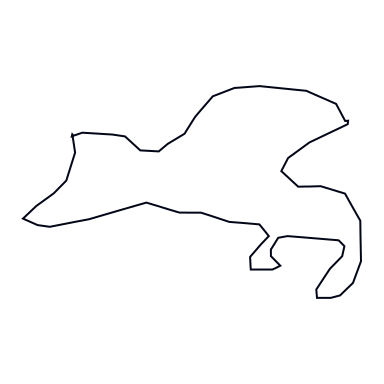 outline of Gbor, Nimba, Liberia
{"feature_id": "62588387B71745180805277", "entity_name": "Gbor", "entity_type": "district", "adm_level": 2, "iso_a3": "LBR", "parent_name": "Liberia", "parent_adm1": "Nimba", "projection": "natural_earth1", "projection_center": [-8.695, 7.096], "detail": "fine", "context": "isolated", "style": "outline", "palette": "ink", "viewbox_px": 384, "rotation_deg": 0, "n_neighbors": 0, "source": "geoboundaries", "source_scale": "gbopen_adm2", "svg_char_len": 1278}
<svg xmlns="http://www.w3.org/2000/svg" viewBox="0 0 384 384"><path d="M348.1,120.7L345.2,121.0L336.1,103.9L311.0,92.9L306.3,90.8L294.2,89.6L259.5,86.1L242.4,87.4L237.0,87.8L234.6,87.9L212.8,96.3L200.0,111.1L195.1,116.9L186.4,130.7L184.6,133.7L167.7,143.9L161.7,148.9L158.8,151.4L140.3,150.4L125.0,136.4L112.1,134.5L103.3,134.0L100.5,133.8L82.3,132.7L73.6,135.7L72.3,134.3L71.8,136.4L72.6,136.1L74.0,145.2L75.1,152.6L66.3,180.6L58.9,188.1L53.8,193.3L36.3,206.0L23.0,218.6L37.6,225.1L49.8,226.8L75.9,221.7L88.7,219.3L91.9,218.4L120.6,210.0L146.4,202.6L153.3,204.7L157.1,205.8L167.7,209.1L179.5,212.6L200.5,212.7L201.1,212.7L211.1,215.9L226.9,221.1L229.2,221.9L243.3,223.0L259.4,224.4L264.2,230.3L268.8,236.1L260.9,244.4L250.1,256.9L250.6,267.2L250.8,269.5L272.4,269.5L275.6,268.1L280.3,265.7L270.9,256.1L270.9,249.4L272.0,247.8L278.2,237.8L287.5,236.1L303.7,237.4L338.6,240.3L343.7,245.4L344.4,246.2L342.2,256.2L330.0,268.7L324.6,276.8L316.3,289.5L317.0,297.9L330.7,297.9L340.1,295.4L347.5,288.2L353.0,282.9L361.0,261.2L360.5,236.3L360.3,220.7L353.9,209.5L345.0,193.6L325.9,187.8L320.7,186.2L309.8,186.5L306.9,186.5L298.2,186.7L281.3,171.1L288.1,158.0L298.0,150.8L309.5,142.4L315.6,139.5L346.2,124.9L347.7,124.2L348.1,120.7Z" fill="none" stroke="#020617" stroke-width="2"/></svg>